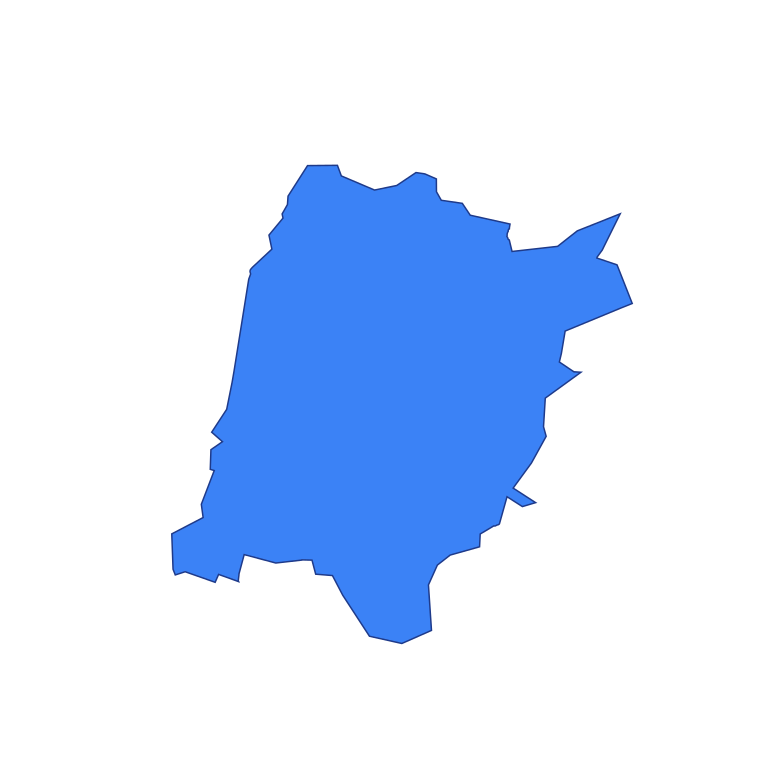 Buncombe, North Carolina, United States of America, rotated 307°
{"feature_id": "52423323B179276843030", "entity_name": "Buncombe", "entity_type": "district", "adm_level": 2, "iso_a3": "USA", "parent_name": "United States of America", "parent_adm1": "North Carolina", "projection": "orthographic", "projection_center": [-82.512, 35.619], "detail": "fine", "context": "isolated", "style": "filled", "palette": "blue", "viewbox_px": 768, "rotation_deg": 307, "n_neighbors": 0, "source": "geoboundaries", "source_scale": "gbopen_adm2", "svg_char_len": 1599}
<svg xmlns="http://www.w3.org/2000/svg" viewBox="0 0 768 768"><g transform="rotate(307 384 384)"><path d="M587.3,527.5L597.7,533.8L619.4,498.4L612.7,478.2L613.7,477.8L622.3,477.7L626.9,476.8L662.1,470.2L622.6,446.2L598.4,439.8L566.9,406.5L574.4,397.4L574.3,396.1L575.5,394.4L575.7,393.4L577.0,392.8L577.8,392.1L579.7,391.4L580.5,391.4L581.5,390.7L582.6,390.4L583.3,390.8L584.5,390.0L587.6,388.4L570.7,351.3L575.4,337.8L565.2,319.2L565.5,318.5L569.1,310.2L579.3,302.4L576.4,290.2L576.1,289.8L576.0,289.4L572.1,282.3L550.2,274.7L533.2,259.7L524.5,224.7L530.6,215.2L512.4,191.5L476.3,194.3L469.2,198.9L458.5,200.3L455.7,203.5L433.7,202.5L424.2,213.3L398.1,208.7L395.6,208.5L394.5,208.6L393.5,209.1L392.9,209.6L392.1,210.7L391.5,211.3L386.3,212.9L304.0,256.5L293.9,261.7L269.1,273.6L241.8,275.4L240.7,289.7L227.4,285.3L211.3,296.6L212.7,300.5L178.0,310.5L168.5,319.9L136.6,304.7L109.1,327.0L105.9,332.2L114.4,338.2L124.0,368.5L132.4,366.5L138.7,386.9L138.9,386.6L139.0,386.3L139.0,386.1L144.5,382.9L144.7,382.7L145.0,382.5L163.6,375.0L175.9,405.3L193.7,424.1L193.8,424.0L194.0,424.1L200.0,432.5L191.0,443.9L200.0,458.1L190.5,478.1L173.8,524.2L187.5,554.4L215.8,570.2L250.3,540.4L271.5,535.6L287.2,539.8L311.5,558.3L322.1,551.1L336.6,557.0L337.4,558.1L337.8,558.4L339.3,559.1L340.3,559.9L341.2,560.3L341.9,560.3L368.0,550.1L369.4,568.3L380.5,576.5L378.6,550.1L378.6,549.8L379.6,549.8L382.4,549.7L409.6,549.3L439.8,545.0L445.9,537.1L469.8,521.3L511.9,534.2L508.3,528.7L508.2,528.7L508.0,528.3L507.1,510.8L515.1,507.3L535.3,496.8L587.3,527.5Z" fill="#3b82f6" stroke="#1e3a8a" stroke-width="1.5"/></g></svg>